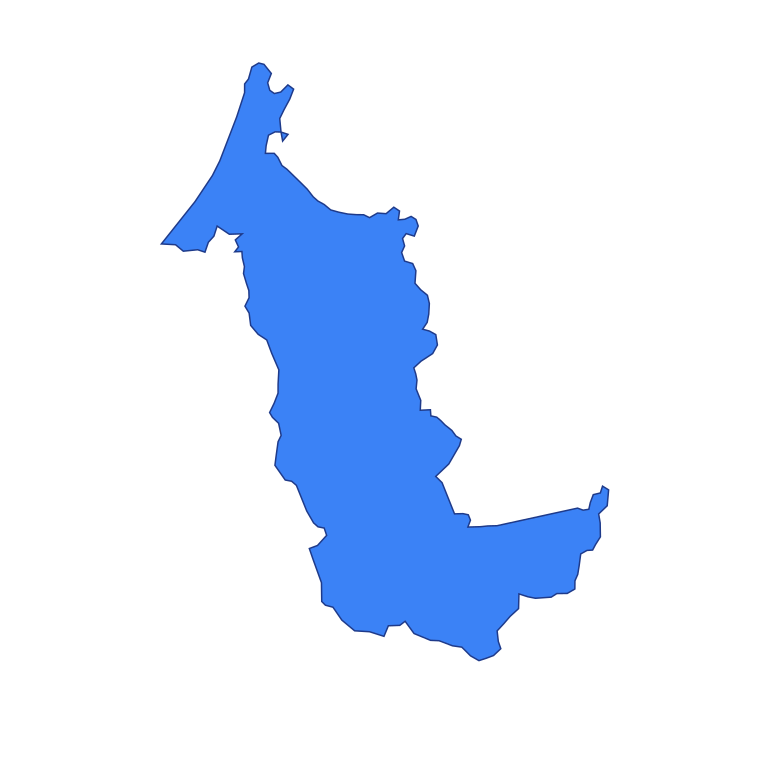 the district of Turuçu, Rio Grande do Sul, Brazil, rotated 206°
{"feature_id": "56859067B67452973684728", "entity_name": "Turuçu", "entity_type": "district", "adm_level": 2, "iso_a3": "BRA", "parent_name": "Brazil", "parent_adm1": "Rio Grande do Sul", "projection": "natural_earth1", "projection_center": [-52.15, -31.488], "detail": "fine", "context": "isolated", "style": "filled", "palette": "blue", "viewbox_px": 768, "rotation_deg": 206, "n_neighbors": 0, "source": "geoboundaries", "source_scale": "gbopen_adm2", "svg_char_len": 2572}
<svg xmlns="http://www.w3.org/2000/svg" viewBox="0 0 768 768"><g transform="rotate(206 384 384)"><path d="M587.0,565.3L594.1,576.9L594.1,586.4L593.6,598.7L594.5,609.4L601.5,610.7L604.8,601.1L609.9,597.0L615.4,597.9L620.6,603.7L621.4,613.7L632.0,618.7L637.3,617.6L641.7,610.9L639.5,598.7L640.8,592.6L637.0,584.7L633.5,559.6L629.4,512.5L629.6,496.2L633.8,465.1L645.5,412.3L632.4,417.8L622.6,415.4L610.3,423.0L602.7,424.0L604.0,434.4L601.7,442.3L603.2,452.8L588.7,450.8L577.3,456.8L580.8,448.3L574.8,443.4L576.1,437.4L569.8,440.8L566.6,435.3L560.9,428.3L558.7,421.7L551.6,414.0L546.4,408.7L543.1,402.4L543.1,393.0L536.3,388.6L529.5,378.2L518.9,373.5L508.7,372.2L498.3,362.3L484.7,350.6L479.2,337.6L475.2,329.3L474.3,318.5L474.3,308.2L469.6,305.1L461.5,302.5L453.9,292.7L453.9,285.7L450.0,273.8L446.4,263.1L430.7,254.4L424.4,256.1L418.3,254.5L397.8,236.0L386.4,228.3L380.7,226.7L374.6,228.3L369.2,222.8L373.0,209.7L379.0,203.4L370.9,195.3L353.1,178.0L344.6,161.2L339.7,159.5L332.0,161.0L318.4,153.3L302.2,149.3L288.4,155.0L273.4,157.2L274.1,168.6L264.0,174.0L261.0,180.0L247.6,172.9L229.8,174.0L222.0,177.4L207.7,178.7L198.7,181.6L187.1,177.6L177.4,177.0L171.9,182.3L166.5,188.0L163.0,197.3L168.4,202.7L174.1,211.7L171.2,221.3L168.8,230.4L164.6,241.1L170.7,254.5L161.5,255.8L154.0,257.8L140.3,265.7L136.8,271.4L127.5,276.1L122.6,283.4L126.1,290.8L126.4,297.8L128.9,306.1L132.7,317.5L128.6,323.4L123.7,326.2L123.5,332.3L122.5,341.5L128.8,353.9L134.1,361.3L130.0,372.4L135.7,387.3L142.8,388.0L141.8,380.9L147.4,376.3L146.6,367.9L145.0,361.2L149.7,357.9L155.6,357.3L220.4,306.1L228.5,301.9L234.6,298.1L245.9,292.2L246.6,299.5L250.9,303.4L256.2,302.1L263.7,298.2L288.6,320.8L297.0,323.6L290.7,340.5L289.2,361.6L290.3,368.2L296.6,368.8L302.6,372.0L311.1,373.9L316.7,375.9L322.1,377.3L327.9,375.9L331.0,381.2L339.9,376.3L343.8,385.4L353.0,393.7L356.1,402.0L359.9,407.0L364.3,411.6L360.7,420.8L353.6,432.7L353.1,442.5L359.1,451.1L366.4,451.5L373.3,450.2L372.2,458.3L374.4,466.4L378.5,476.2L383.9,482.8L392.4,484.8L400.3,488.1L405.0,499.8L411.0,504.8L419.4,503.5L425.8,509.9L426.0,517.1L431.1,522.9L430.0,528.9L421.6,530.2L422.5,541.0L427.4,545.9L433.1,546.5L437.5,541.2L443.1,537.8L445.9,546.3L452.7,547.2L456.8,538.0L464.8,534.8L469.9,527.2L476.5,527.2L482.8,524.2L491.0,520.9L500.0,518.6L508.2,517.1L516.4,519.1L523.7,519.5L529.7,521.2L538.5,525.5L545.5,527.9L565.5,534.5L571.5,535.6L578.8,541.2L583.8,543.2L591.7,539.3L594.4,546.5L596.9,557.0L592.4,562.9L587.0,565.3ZM587.0,565.3L581.6,557.9L579.7,566.3L587.0,565.3Z" fill="#3b82f6" stroke="#1e3a8a" stroke-width="1.5"/></g></svg>